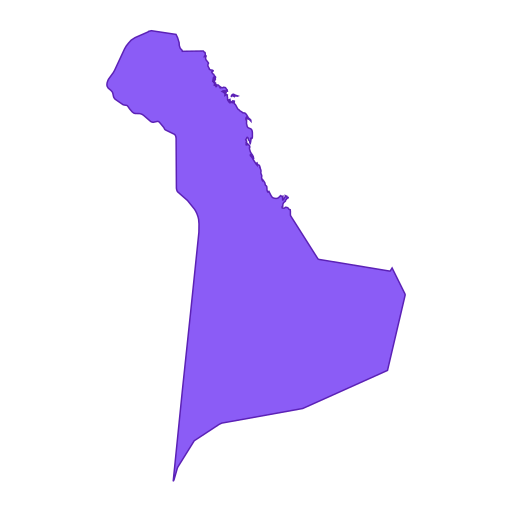 SVG path tracing the border of Ash Sharqiyah
{"feature_id": "SAU-1098", "entity_name": "Ash Sharqiyah", "entity_type": "Region", "adm_level": 1, "iso_a3": "SAU", "parent_name": "Saudi Arabia", "parent_adm1": "", "projection": "equal_earth", "projection_center": [49.771, 23.094], "detail": "fine", "context": "isolated", "style": "filled", "palette": "violet", "viewbox_px": 512, "rotation_deg": 0, "n_neighbors": 0, "source": "natural_earth", "source_scale": "10m", "svg_char_len": 5853}
<svg xmlns="http://www.w3.org/2000/svg" viewBox="0 0 512 512"><path d="M268.9,191.4L271.0,195.5L272.3,197.4L273.7,198.1L275.4,198.4L277.0,198.4L278.4,197.8L280.3,195.9L280.4,196.2L281.8,196.0L282.5,196.8L282.9,196.5L282.9,197.1L282.7,197.4L282.4,197.7L282.5,198.1L282.7,198.5L282.6,199.8L282.8,200.0L283.2,199.8L283.6,199.4L284.4,197.8L285.1,197.0L285.3,196.6L285.3,195.7L285.7,196.0L286.7,196.1L287.0,197.1L287.8,197.2L288.2,197.5L288.2,197.8L286.7,198.6L286.5,199.2L286.4,199.2L285.7,200.0L285.4,201.1L283.7,202.6L282.9,204.1L282.7,206.4L282.2,206.5L282.1,207.8L282.2,208.0L284.0,208.2L284.6,208.0L285.4,207.3L285.9,207.2L287.7,207.7L288.2,208.2L289.0,209.3L290.2,209.7L290.4,211.2L290.4,214.5L290.5,215.5L291.0,216.4L317.7,258.5L318.2,259.1L318.9,259.4L389.8,271.1L390.2,271.0L392.1,268.0L404.8,293.6L405.1,294.4L405.1,295.3L387.5,370.4L302.7,408.5L221.8,423.1L219.1,424.4L194.9,440.3L194.2,440.8L177.8,467.1L177.3,468.3L174.0,479.8L173.2,481.3L182.6,388.1L190.5,313.4L198.9,232.2L199.0,223.9L198.6,219.3L198.0,216.7L196.8,213.4L195.6,211.0L194.5,209.2L187.5,200.5L177.7,191.9L177.2,191.2L176.7,189.8L176.4,188.2L176.1,138.3L175.8,136.4L175.2,135.1L174.4,134.3L165.6,130.0L165.0,129.6L164.5,128.9L163.8,127.5L159.3,122.1L158.7,121.7L158.0,121.4L157.4,121.4L153.2,122.3L152.0,122.1L150.7,121.5L143.9,115.6L142.2,114.4L140.9,113.9L139.7,113.6L135.2,113.5L134.0,113.2L133.4,112.8L132.2,111.9L129.6,108.9L127.9,106.4L127.4,105.8L126.8,105.4L124.1,105.0L122.9,104.6L115.1,99.2L114.5,98.5L113.8,97.4L113.5,96.5L112.8,93.3L112.5,92.4L112.0,91.6L110.8,90.3L108.2,88.1L107.2,86.4L107.0,85.6L106.9,84.9L107.0,83.6L107.2,82.5L107.9,80.5L108.5,79.2L113.3,72.6L114.6,70.3L124.6,48.8L126.3,45.9L128.5,43.1L131.2,40.1L135.1,37.6L148.1,31.9L148.5,31.4L151.4,30.7L176.0,34.4L177.6,37.7L179.1,42.6L179.3,45.5L180.0,47.7L180.4,48.5L182.1,50.3L182.3,51.3L203.3,51.0L204.0,51.9L205.0,52.5L205.1,52.8L205.3,54.4L205.3,55.6L205.1,56.4L204.5,56.2L204.3,56.7L204.8,56.7L205.3,56.6L205.6,56.2L205.8,55.7L206.1,55.9L206.1,56.2L205.8,56.9L205.6,57.9L205.7,59.2L206.1,59.9L208.4,62.9L208.5,63.3L208.1,64.0L207.9,64.7L207.9,65.5L208.0,66.2L209.3,68.6L209.3,69.2L210.6,70.0L211.9,70.0L213.1,70.6L212.9,71.3L212.7,71.4L212.3,71.3L211.9,71.6L211.7,71.8L211.8,72.3L212.6,73.5L213.2,74.1L213.7,74.3L214.3,75.6L215.5,76.9L215.6,77.3L215.3,78.0L215.3,78.9L215.4,79.1L215.4,79.3L214.7,80.5L214.4,80.9L214.6,80.1L214.6,79.2L214.6,78.7L214.9,78.1L214.8,77.6L214.4,78.1L213.9,79.5L213.4,79.8L214.0,77.8L213.9,77.1L213.7,77.2L213.4,77.7L212.9,80.3L212.9,80.9L212.7,81.2L212.7,81.4L213.1,81.4L213.2,81.2L213.4,80.6L213.6,80.3L213.6,82.0L213.7,82.4L214.0,82.3L214.2,82.0L214.4,81.6L214.6,82.0L214.5,83.1L214.9,83.3L215.2,83.1L215.5,82.4L215.5,83.0L215.3,83.4L215.4,83.7L215.4,84.0L214.9,84.1L215.3,85.1L214.6,84.7L214.4,84.7L214.2,85.1L214.7,85.4L215.2,85.4L215.6,85.0L215.9,84.4L216.1,84.4L216.2,84.9L215.9,85.3L215.8,86.0L215.9,86.6L216.4,86.6L216.6,86.4L216.2,85.6L216.5,85.3L216.8,85.1L217.9,84.9L218.3,85.1L219.3,86.1L220.3,86.8L220.6,87.2L220.0,87.7L220.4,87.9L220.8,87.8L220.9,87.6L220.8,87.2L221.7,87.6L222.8,87.7L223.7,87.2L225.4,87.6L225.8,88.1L226.5,89.2L227.0,89.7L227.2,89.9L227.4,91.2L227.1,91.2L226.8,91.0L226.8,90.7L226.8,90.2L226.6,90.2L226.1,91.0L224.5,90.8L224.0,91.5L223.8,91.5L223.6,90.8L223.1,90.8L222.1,91.5L223.2,92.0L223.8,92.6L224.2,92.7L224.5,93.1L225.1,92.5L225.4,92.0L226.1,92.5L225.9,93.0L225.1,93.7L224.9,95.5L225.5,95.2L226.1,94.6L226.5,94.5L227.4,95.0L227.2,95.7L227.6,97.9L227.5,99.5L227.7,100.1L228.1,100.1L228.1,100.7L228.3,101.0L228.6,100.9L228.9,100.6L228.7,100.0L229.0,99.7L229.4,99.6L229.8,100.1L230.0,99.8L230.1,100.2L229.7,101.7L229.5,101.8L228.9,101.8L229.1,102.2L229.8,102.4L230.0,102.8L230.3,102.6L230.8,101.6L231.0,101.8L230.7,102.5L230.9,102.6L231.6,102.3L232.8,102.8L233.2,102.8L232.5,101.9L232.3,101.3L232.7,100.8L233.0,100.8L233.5,101.2L233.8,101.3L234.0,101.2L234.5,100.6L234.2,102.0L234.2,102.6L234.5,103.9L235.2,104.4L235.7,105.1L237.3,108.1L238.1,109.3L239.1,109.9L240.0,110.9L241.8,111.9L242.8,112.8L244.8,113.0L245.6,113.6L246.4,114.5L247.8,116.8L248.3,117.8L250.3,119.5L250.8,120.1L250.9,121.1L249.6,119.7L248.9,119.2L247.0,118.8L246.8,118.4L246.5,117.1L246.3,117.3L246.1,117.9L245.9,118.5L245.9,119.4L246.0,119.8L246.6,120.7L246.5,123.6L247.2,126.4L247.5,127.0L248.0,127.6L248.5,127.9L250.9,128.9L251.7,129.8L252.2,131.1L252.4,132.7L252.4,136.8L252.3,137.7L252.0,138.4L251.4,138.8L251.4,138.2L251.2,138.1L250.9,138.2L250.7,138.6L250.9,139.5L250.8,141.0L250.3,143.4L249.9,143.0L249.8,142.5L249.7,141.4L249.5,140.9L248.8,140.1L248.4,139.9L248.4,138.8L248.2,138.3L247.7,137.5L247.3,137.3L247.0,137.4L246.2,139.1L245.7,139.6L245.9,140.1L246.3,140.7L246.7,141.9L246.2,142.2L246.1,142.5L246.3,144.1L246.1,144.7L246.6,144.9L247.0,144.6L247.2,144.0L247.1,143.4L247.3,143.5L247.8,144.2L248.2,144.3L248.2,144.9L249.2,145.1L249.5,145.6L249.6,146.3L249.9,147.0L249.4,147.9L249.7,149.7L250.3,151.6L250.9,152.8L252.6,155.3L253.3,156.7L253.6,158.4L253.4,158.4L252.9,156.7L252.7,156.4L252.4,156.3L251.6,155.8L251.3,155.1L250.8,154.7L250.4,154.7L250.3,155.4L250.5,155.9L251.2,156.5L251.5,156.9L251.7,156.4L251.8,156.4L252.9,159.1L256.1,164.0L256.8,164.8L256.5,163.2L257.0,162.9L257.2,163.8L257.6,164.2L257.8,164.7L259.3,165.3L259.5,165.7L260.1,167.3L259.8,167.6L260.2,168.2L260.9,170.2L261.0,171.1L260.8,172.8L260.9,173.3L261.7,175.4L261.8,176.0L261.6,177.5L261.8,179.1L262.1,179.9L262.4,180.4L262.6,179.6L263.3,180.4L264.4,182.1L264.8,182.7L265.4,185.2L266.1,185.7L266.7,186.4L266.9,187.8L267.0,190.1L267.6,191.8L267.9,192.1L268.3,192.1L268.9,191.4ZM233.7,94.3L234.9,95.0L237.8,96.0L237.3,96.2L236.0,95.8L235.5,95.8L235.1,96.0L234.4,96.7L234.1,96.5L233.6,96.2L234.0,95.8L234.1,95.6L233.7,95.1L233.4,95.0L232.2,95.4L231.9,95.8L231.4,97.0L231.3,96.1L231.8,95.1L232.6,94.4L233.4,94.2L233.7,94.3Z" fill="#8b5cf6" stroke="#5b21b6" stroke-width="1.5"/></svg>